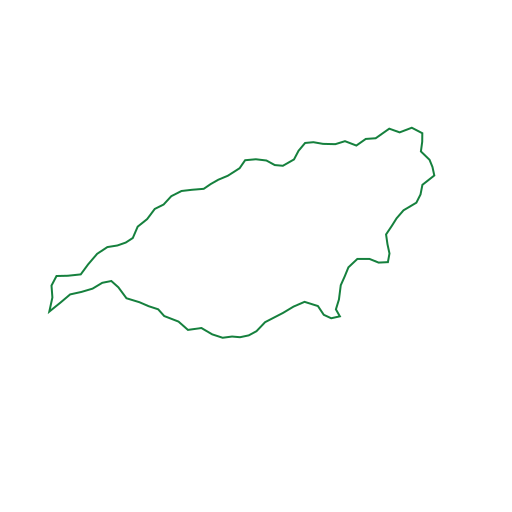 Osasco, São Paulo, Brazil, rotated 59°
{"feature_id": "56859067B92570166670782", "entity_name": "Osasco", "entity_type": "district", "adm_level": 2, "iso_a3": "BRA", "parent_name": "Brazil", "parent_adm1": "São Paulo", "projection": "mercator", "projection_center": [-46.791, -23.535], "detail": "fine", "context": "isolated", "style": "outline", "palette": "green", "viewbox_px": 512, "rotation_deg": 59, "n_neighbors": 0, "source": "geoboundaries", "source_scale": "gbopen_adm2", "svg_char_len": 1304}
<svg xmlns="http://www.w3.org/2000/svg" viewBox="0 0 512 512"><g transform="rotate(59 256 256)"><path d="M168.3,216.0L172.3,224.8L172.7,238.8L171.2,249.1L171.0,257.8L171.5,266.2L166.3,276.7L161.9,286.4L161.1,297.8L164.3,308.7L163.5,318.5L168.3,330.3L169.9,342.3L177.1,352.3L177.4,360.7L175.6,369.4L171.8,378.8L172.3,391.0L176.7,404.2L181.5,415.7L176.0,427.5L170.4,437.3L176.0,446.5L186.7,451.9L197.2,461.8L195.2,447.4L193.2,435.1L196.9,424.1L199.8,412.9L199.8,401.6L202.9,392.9L211.9,390.1L225.5,388.8L235.6,379.7L243.7,373.9L251.3,367.3L260.2,365.6L272.3,356.2L284.3,352.4L289.6,339.9L300.6,333.9L308.9,326.7L312.7,318.0L317.4,311.5L320.3,303.1L320.7,294.3L317.4,282.3L318.7,262.1L318.7,249.9L320.3,238.0L330.8,228.7L341.3,228.2L348.1,223.6L350.9,215.2L342.9,215.0L336.0,207.3L324.7,198.4L319.2,190.5L313.3,182.6L310.7,170.6L317.0,160.2L324.8,154.3L329.2,146.1L322.6,140.3L313.5,137.2L304.5,133.4L300.1,124.0L296.1,116.1L292.8,106.0L292.9,91.1L288.0,83.3L280.7,76.7L278.8,61.7L270.6,58.9L262.9,57.7L251.3,60.8L243.7,54.7L236.4,50.2L226.3,56.4L224.0,69.2L215.5,76.2L216.7,92.8L212.2,101.6L213.0,113.1L203.4,120.6L201.0,130.4L194.4,140.8L188.0,148.2L184.4,155.7L187.7,165.3L192.8,173.7L192.5,186.5L187.7,193.1L179.5,197.9L173.0,206.3L168.3,216.0Z" fill="none" stroke="#15803d" stroke-width="2"/></g></svg>